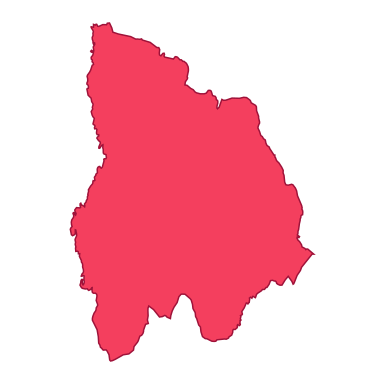 outline of Guavatá, Santander, Colombia
{"feature_id": "7082276B43213471639741", "entity_name": "Guavatá", "entity_type": "district", "adm_level": 2, "iso_a3": "COL", "parent_name": "Colombia", "parent_adm1": "Santander", "projection": "equal_earth", "projection_center": [-73.726, 5.947], "detail": "fine", "context": "isolated", "style": "filled", "palette": "rose", "viewbox_px": 384, "rotation_deg": 0, "n_neighbors": 0, "source": "geoboundaries", "source_scale": "gbopen_adm2", "svg_char_len": 5803}
<svg xmlns="http://www.w3.org/2000/svg" viewBox="0 0 384 384"><path d="M71.3,222.2L71.5,224.5L72.1,226.6L71.1,227.6L70.3,229.2L71.4,234.7L72.6,235.7L74.2,234.9L75.3,233.8L75.3,229.8L75.8,230.0L76.6,234.1L76.6,235.8L75.1,239.3L75.2,240.8L75.6,242.1L75.2,244.3L75.9,247.1L75.5,248.0L75.8,251.4L77.5,251.2L78.2,251.6L78.4,253.8L79.7,253.7L79.4,256.4L81.4,260.6L81.4,262.0L82.4,263.5L82.7,265.2L82.6,266.9L83.4,269.7L83.5,271.6L83.1,272.8L82.2,273.7L81.2,276.1L81.8,276.3L83.4,275.5L84.1,275.9L83.9,280.3L84.2,280.8L84.3,282.0L83.8,283.8L83.0,284.9L82.5,284.2L82.3,282.8L82.4,279.5L82.0,279.3L81.5,279.6L80.9,280.9L80.7,282.9L80.0,285.1L81.1,287.1L82.2,288.3L85.3,289.0L87.3,288.8L88.0,289.8L88.8,290.4L90.7,289.4L91.8,287.7L92.2,287.6L92.0,290.1L92.3,292.2L93.3,293.2L95.5,293.2L96.7,294.3L97.0,295.9L96.2,300.5L97.6,304.3L97.6,305.6L96.2,307.9L96.1,309.5L95.6,310.9L94.1,313.1L92.9,316.2L92.4,318.3L92.4,320.2L97.1,329.7L98.3,336.6L98.7,343.1L99.9,345.1L100.5,347.4L101.2,347.8L103.2,350.1L106.1,349.9L107.0,350.9L109.0,354.7L109.7,360.0L110.6,361.0L112.5,360.6L115.3,359.3L123.2,354.8L128.9,353.9L133.5,350.1L134.0,346.6L137.4,342.3L138.2,340.9L139.8,336.2L141.6,335.3L142.9,333.5L143.5,331.7L143.6,330.0L145.6,324.3L148.3,323.5L147.4,320.0L148.1,315.8L147.9,310.5L148.0,308.1L148.8,306.0L153.6,309.6L159.5,317.0L162.4,316.6L164.8,315.4L165.9,315.9L167.1,317.2L170.4,318.6L170.8,315.6L172.2,311.0L174.0,307.2L177.1,302.6L178.9,296.7L181.0,294.3L182.0,294.1L185.0,294.2L190.1,298.6L191.2,300.0L192.5,304.4L193.0,308.6L195.2,312.6L195.6,316.6L196.7,318.6L198.7,325.0L200.4,326.9L201.0,331.9L202.5,336.6L205.2,338.6L207.0,338.8L211.8,341.2L214.2,341.4L215.8,341.2L217.0,339.8L224.5,339.0L226.3,339.2L228.5,338.1L229.0,336.9L231.7,335.1L232.7,332.4L232.8,330.4L233.4,329.4L235.1,329.5L237.1,327.8L237.5,326.7L237.2,325.9L237.4,325.0L237.8,324.6L239.3,325.6L239.9,325.2L240.3,324.5L240.3,323.9L239.7,323.4L240.1,322.1L240.1,320.5L240.9,320.2L240.8,319.5L240.3,318.9L240.9,316.4L240.5,315.6L242.0,314.8L242.4,314.1L241.8,311.6L244.2,307.9L246.3,303.0L247.0,303.1L247.9,303.9L248.7,302.7L249.2,302.5L249.7,298.9L249.4,298.1L250.5,297.2L251.9,298.2L252.6,296.4L253.2,296.4L255.3,297.7L255.7,297.0L256.5,294.4L257.6,293.3L261.5,290.7L262.4,289.5L264.5,289.4L266.0,287.5L267.0,287.4L269.1,284.3L270.5,280.6L272.7,280.3L274.2,281.0L275.5,281.1L276.1,281.7L276.7,283.5L277.2,283.5L277.8,284.3L280.0,285.2L282.0,285.1L285.2,279.9L288.2,276.3L291.9,281.4L293.1,284.2L293.7,283.8L294.4,282.3L297.1,275.4L300.4,270.5L301.6,267.2L312.1,254.1L313.7,254.1L307.8,249.1L306.6,249.0L305.8,249.6L305.0,248.5L302.0,246.9L301.5,244.7L299.5,241.5L298.0,240.2L297.0,238.1L297.3,237.0L298.9,237.6L299.5,236.6L297.3,235.0L297.9,233.6L298.0,231.2L298.6,229.6L299.4,223.6L300.1,220.6L300.2,219.1L300.8,217.5L300.9,216.0L301.4,215.2L302.6,214.7L302.8,212.0L302.5,210.2L301.9,209.3L302.1,207.6L301.6,205.5L297.5,195.8L296.6,190.8L295.4,188.1L292.9,184.8L291.6,184.3L288.2,185.2L285.9,184.8L284.7,182.2L284.0,175.4L283.1,172.9L283.2,170.3L281.7,167.2L278.9,162.9L277.0,161.1L276.3,160.0L275.5,157.7L275.0,157.2L274.8,155.0L274.0,155.1L269.7,148.5L269.2,147.0L267.0,145.5L265.9,143.1L265.3,140.0L263.5,138.7L262.3,136.6L260.8,135.5L259.5,131.4L258.0,128.2L258.0,127.0L258.9,124.3L259.5,123.4L259.6,122.0L258.6,118.0L258.6,116.2L256.6,110.8L256.4,106.8L255.6,105.4L251.2,102.8L250.5,100.9L249.7,99.9L246.6,97.6L243.8,97.3L239.5,98.3L232.0,98.1L225.8,100.2L223.5,100.3L221.9,99.4L219.1,107.3L217.5,108.8L216.9,108.0L217.0,106.0L217.8,103.2L217.8,101.3L217.5,100.4L216.3,99.7L216.1,97.8L215.3,96.4L212.6,95.6L211.2,91.1L210.0,90.3L208.3,90.4L206.2,93.2L204.1,93.8L200.3,93.8L196.4,92.8L195.0,91.9L193.2,89.7L190.7,88.4L187.2,85.4L184.9,84.9L185.4,81.8L187.4,78.8L187.6,77.7L187.1,77.0L188.4,70.9L188.4,68.9L188.1,66.7L187.2,64.8L186.4,63.3L184.9,62.1L183.9,61.3L182.9,61.4L181.3,59.8L179.9,59.8L177.5,57.2L176.1,56.7L175.2,56.7L173.4,59.0L164.7,57.1L164.0,56.1L164.5,54.4L164.1,53.2L162.9,53.4L160.9,55.8L159.5,54.9L159.3,53.1L159.7,49.6L158.8,47.6L156.8,47.5L150.2,42.4L142.3,40.0L141.6,38.9L139.8,39.3L137.0,39.0L135.9,39.2L130.7,36.6L118.4,34.0L112.9,32.2L111.8,27.9L109.5,23.0L107.3,23.2L106.6,24.7L102.8,24.6L98.8,26.4L97.7,26.3L96.8,24.4L96.1,24.2L95.3,25.1L93.5,24.4L93.5,27.2L91.2,26.8L91.2,27.6L93.0,30.5L93.4,31.9L92.9,33.1L93.1,35.4L92.2,37.4L92.3,39.2L93.0,41.3L93.0,42.9L93.4,43.9L94.0,42.7L94.6,42.9L94.7,44.5L93.2,47.0L93.8,50.5L93.6,51.6L91.6,50.3L90.7,51.2L91.3,52.1L93.1,52.5L93.3,53.5L92.7,55.3L91.2,57.2L91.2,58.3L91.4,59.3L92.1,59.7L92.3,60.4L92.1,61.8L93.1,62.6L93.5,64.5L92.2,65.3L90.7,70.0L89.7,72.0L87.5,75.1L87.1,76.4L87.7,78.8L87.7,81.1L86.9,83.1L87.0,84.3L88.1,85.2L88.5,86.9L88.3,88.3L87.3,88.5L86.9,89.1L88.1,95.2L91.1,98.2L91.7,101.7L92.8,103.5L93.1,104.7L92.3,107.3L92.7,109.0L91.2,111.6L92.1,115.0L92.9,116.7L94.3,118.4L93.0,123.9L93.4,124.5L94.6,125.2L95.0,126.1L94.4,127.9L94.8,128.9L96.1,128.6L96.9,129.5L96.5,132.3L96.6,133.7L97.3,134.7L98.7,134.7L98.8,135.9L97.1,137.4L96.9,138.2L98.6,140.7L99.9,141.6L100.4,143.1L98.9,146.7L98.8,148.1L99.7,148.3L101.7,145.4L102.9,144.8L102.8,147.9L103.2,149.1L103.3,153.0L104.0,154.0L106.0,154.6L106.4,157.6L105.9,158.7L104.2,158.8L103.8,159.3L104.0,160.9L102.4,166.9L101.5,168.1L100.6,167.8L99.8,166.5L99.1,166.5L97.9,167.3L97.4,168.4L97.2,169.4L97.4,172.8L95.9,174.2L95.8,175.3L94.4,177.2L94.9,180.3L94.2,180.8L93.2,180.6L92.8,182.0L92.9,182.9L92.4,184.0L90.6,186.1L88.4,189.8L88.6,191.2L87.8,194.4L88.1,195.1L87.4,196.7L87.4,199.1L86.4,200.4L86.1,201.9L84.5,204.0L84.8,205.8L84.6,206.8L82.6,205.3L81.6,205.2L80.8,203.2L80.1,203.8L80.1,205.7L80.6,207.2L79.9,207.9L76.5,207.6L74.8,209.9L74.9,211.0L76.1,213.6L75.6,215.1L74.9,214.4L74.2,212.6L73.4,212.6L73.0,213.5L73.7,215.3L73.6,217.1L71.8,219.9L71.3,222.2Z" fill="#f43f5e" stroke="#9f1239" stroke-width="1.5"/></svg>